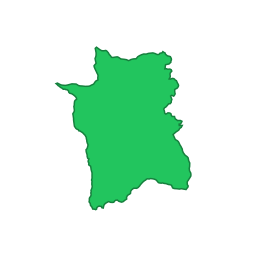 Alvorada, Tocantins, Brazil (orthographic projection), rotated 324°
{"feature_id": "56859067B88530431125425", "entity_name": "Alvorada", "entity_type": "district", "adm_level": 2, "iso_a3": "BRA", "parent_name": "Brazil", "parent_adm1": "Tocantins", "projection": "orthographic", "projection_center": [-49.109, -12.409], "detail": "fine", "context": "isolated", "style": "filled", "palette": "green", "viewbox_px": 256, "rotation_deg": 324, "n_neighbors": 0, "source": "geoboundaries", "source_scale": "gbopen_adm2", "svg_char_len": 4389}
<svg xmlns="http://www.w3.org/2000/svg" viewBox="0 0 256 256"><g transform="rotate(324 128 128)"><path d="M197.8,86.3L196.7,86.7L195.6,86.3L194.7,85.6L193.7,83.7L192.3,81.9L189.9,80.5L188.3,79.6L186.1,78.9L185.1,78.1L184.3,77.4L182.2,76.7L179.6,76.2L177.7,76.1L176.3,76.5L175.1,76.7L174.0,75.9L172.6,75.1L170.5,74.3L169.3,74.2L167.9,73.7L167.0,71.9L166.0,70.9L165.1,70.0L164.2,69.2L162.8,67.9L162.3,66.5L161.8,65.1L161.1,64.1L159.1,63.0L157.3,62.1L156.2,61.1L156.3,58.8L156.0,57.8L156.3,55.8L156.1,53.3L155.6,52.2L153.8,51.3L152.9,50.6L152.1,49.9L151.3,48.2L150.0,44.1L148.3,44.3L146.5,48.2L145.9,49.1L144.9,50.4L143.8,51.4L142.2,52.4L141.2,54.5L140.8,55.5L140.2,56.9L138.5,57.3L137.2,57.6L136.6,58.6L136.0,61.1L135.5,64.0L135.2,65.2L135.1,66.3L134.6,68.0L133.0,69.7L132.0,71.4L130.3,71.2L129.2,71.1L127.3,71.8L125.9,72.3L124.2,71.9L121.6,71.5L120.6,71.0L118.5,69.6L117.7,69.0L115.6,67.1L113.9,65.7L112.9,64.5L112.4,63.2L111.9,62.0L109.8,60.3L108.5,59.3L107.5,58.9L104.6,57.8L103.3,57.2L102.2,56.6L101.4,55.9L99.9,54.6L99.1,53.7L98.4,52.4L97.3,50.2L95.9,49.8L96.2,51.1L96.4,52.7L97.0,54.1L97.2,55.5L97.8,56.4L98.4,58.6L99.8,59.5L100.3,60.5L101.2,61.2L101.7,62.6L101.1,64.4L101.3,65.6L102.6,67.2L103.2,68.7L103.6,70.1L103.9,71.5L104.0,73.1L103.3,74.6L101.8,74.5L100.6,74.9L99.8,75.7L98.9,76.7L97.9,78.0L96.9,78.7L95.3,81.7L94.4,82.9L91.7,84.1L91.1,85.4L89.5,88.4L88.7,89.5L87.4,91.9L86.2,94.1L85.7,95.1L85.6,97.8L86.1,99.2L86.8,100.1L86.6,101.5L87.4,102.2L87.8,103.3L88.5,105.0L88.8,107.4L89.0,108.5L88.7,111.1L88.0,112.2L87.5,113.6L86.7,114.9L86.1,116.6L85.9,117.9L85.1,118.8L82.8,120.6L81.3,120.9L80.2,122.7L79.6,124.4L79.1,125.9L78.4,126.7L77.6,128.7L78.2,130.0L76.9,130.8L75.9,131.9L75.8,133.3L74.8,134.3L74.6,135.3L75.3,136.7L74.8,138.0L73.8,139.8L73.2,141.3L72.6,143.1L71.9,144.0L70.8,145.5L69.4,147.5L67.9,148.7L67.6,149.9L66.4,151.3L65.4,152.7L64.9,154.0L63.4,155.5L61.4,156.7L60.7,158.0L59.7,158.7L59.3,159.8L58.3,160.9L57.1,161.5L56.1,161.7L55.1,162.5L54.3,163.7L53.1,164.9L53.1,166.9L52.2,168.5L52.3,171.1L51.8,172.8L53.3,174.1L53.9,175.1L55.0,175.1L55.9,174.1L57.5,173.9L58.8,174.2L59.5,175.1L60.4,175.8L60.0,177.1L60.9,178.2L63.1,176.3L65.2,175.7L67.6,175.9L69.2,176.2L70.1,177.8L71.7,179.1L72.8,179.7L74.4,179.2L75.5,179.2L77.0,180.0L77.5,181.9L78.4,183.1L79.1,184.1L80.5,184.7L81.8,184.7L82.8,184.6L85.2,184.7L85.9,183.4L87.3,182.5L89.1,182.2L90.5,182.5L91.7,182.3L92.8,180.9L94.3,180.2L95.7,180.1L97.2,180.1L98.7,181.2L99.6,181.9L101.1,182.1L103.4,181.7L104.6,181.2L106.5,180.8L107.9,180.5L109.1,180.4L110.6,180.3L111.7,180.5L112.6,180.2L114.0,180.6L115.1,181.7L116.3,182.0L117.8,183.3L119.1,184.7L119.9,185.9L120.3,187.0L120.4,189.0L120.5,190.1L121.3,191.1L122.5,192.2L123.6,192.7L124.6,194.0L126.1,195.4L127.5,197.5L128.8,198.7L129.5,199.9L129.2,201.4L128.9,202.7L129.6,203.9L130.3,204.6L132.0,206.0L133.8,207.7L135.4,208.4L138.8,211.9L142.0,210.9L142.7,210.0L142.7,208.7L144.0,206.6L145.0,206.0L146.0,205.7L148.8,204.6L150.6,203.8L151.5,202.7L152.3,201.3L152.6,198.9L153.7,196.8L155.3,195.3L156.3,194.0L157.4,192.6L157.7,190.7L158.3,189.2L159.1,187.5L159.0,186.0L158.2,183.5L158.2,180.4L158.8,178.2L159.5,177.0L159.8,175.1L160.0,173.9L160.1,172.1L160.5,170.3L160.7,168.7L160.5,167.4L159.5,165.1L159.8,163.7L160.6,159.8L162.4,159.6L164.7,159.4L166.5,159.5L167.9,159.5L169.6,158.7L171.4,158.8L173.4,157.8L172.1,156.9L170.9,156.1L171.6,154.9L172.9,155.5L174.2,155.1L175.6,154.3L174.8,152.7L173.6,151.8L172.5,151.2L172.1,149.6L171.6,148.7L171.8,147.5L172.4,146.0L170.5,144.6L170.5,143.2L171.1,141.8L170.7,140.6L169.8,139.7L168.9,139.1L167.8,139.2L166.7,138.9L166.4,137.7L167.4,135.7L168.0,133.7L169.5,133.1L170.7,133.3L171.9,133.1L173.6,132.7L175.1,132.3L176.3,133.1L178.0,132.7L179.1,131.4L180.2,130.8L180.6,129.6L181.2,127.2L182.6,127.2L183.7,129.1L185.0,128.7L186.2,128.1L186.9,126.5L188.4,124.3L189.7,124.4L190.8,124.7L191.9,124.5L193.1,124.0L193.9,123.3L194.3,122.3L194.4,120.9L195.0,118.1L194.4,117.3L194.4,116.1L194.1,115.0L193.0,113.9L190.9,113.3L190.1,112.5L191.3,111.9L192.2,111.5L193.1,110.1L193.6,109.1L194.5,108.3L196.9,107.7L197.2,106.2L196.5,104.9L194.8,103.9L193.6,102.3L192.6,101.8L193.7,100.8L194.6,99.8L195.6,98.9L196.6,99.3L198.8,100.3L201.3,100.0L202.1,99.0L203.2,98.4L203.9,97.2L204.2,95.2L203.6,94.3L202.3,92.8L202.0,91.7L201.7,90.4L202.1,89.0L201.5,88.0L201.1,86.7L199.7,87.2L197.8,86.3Z" fill="#22c55e" stroke="#15803d" stroke-width="1.5"/></g></svg>